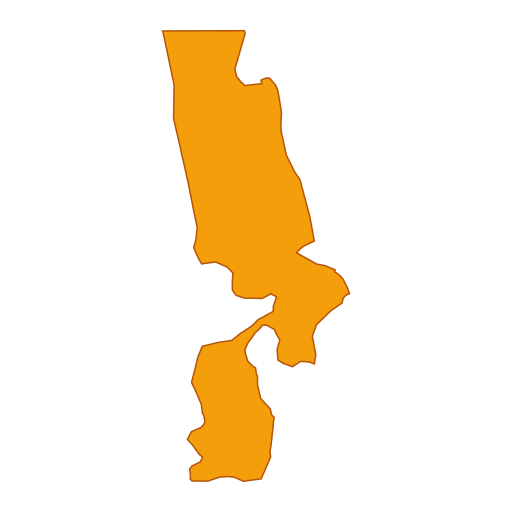 outline of Jahran, Dhamar, Yemen
{"feature_id": "15242507B45956932951214", "entity_name": "Jahran", "entity_type": "district", "adm_level": 2, "iso_a3": "YEM", "parent_name": "Yemen", "parent_adm1": "Dhamar", "projection": "albers", "projection_center": [44.298, 14.733], "detail": "fine", "context": "isolated", "style": "filled", "palette": "amber", "viewbox_px": 512, "rotation_deg": 0, "n_neighbors": 0, "source": "geoboundaries", "source_scale": "gbopen_adm2", "svg_char_len": 3190}
<svg xmlns="http://www.w3.org/2000/svg" viewBox="0 0 512 512"><path d="M244.5,30.7L214.4,30.8L213.1,30.8L203.3,30.8L190.2,30.9L189.3,30.9L176.1,30.9L162.5,31.0L162.8,31.9L163.6,34.8L163.9,35.9L165.0,41.4L166.7,49.5L168.2,56.5L168.8,59.8L170.2,66.3L170.4,67.4L172.1,75.4L174.1,84.9L174.1,86.8L174.0,90.5L173.9,99.3L173.9,100.2L173.6,116.3L173.6,118.4L173.8,119.4L174.2,121.1L175.5,126.7L175.5,127.1L175.8,128.2L179.5,144.2L180.1,146.7L181.6,153.7L183.5,161.9L184.2,165.0L184.7,167.3L185.8,172.2L187.3,179.1L187.9,181.6L188.2,183.1L189.2,188.2L189.7,190.6L191.0,197.2L194.2,213.2L194.6,215.0L194.9,216.5L195.2,217.8L197.3,227.9L197.1,228.9L195.9,239.6L194.0,246.2L193.9,248.1L197.7,256.9L198.5,258.4L199.5,260.2L201.6,263.9L206.4,263.2L215.6,262.0L227.2,267.1L232.3,272.3L232.9,272.9L232.8,274.3L232.3,280.6L232.4,290.2L232.4,290.3L233.0,291.1L236.2,295.4L237.6,295.8L242.3,297.4L242.5,297.5L243.9,297.9L244.9,298.2L250.9,298.2L261.8,298.5L262.7,298.1L262.8,298.1L270.7,294.0L271.0,293.9L273.6,295.3L274.5,295.7L276.2,296.6L276.5,297.2L273.4,305.9L273.2,311.4L267.5,314.6L258.0,319.7L252.0,325.9L240.9,333.1L231.7,340.4L217.8,342.5L202.3,346.3L200.2,351.4L198.0,356.7L195.9,365.2L194.4,371.3L192.5,378.6L191.6,382.5L192.1,383.6L192.7,384.9L195.9,391.6L196.1,392.0L197.1,394.3L201.3,404.4L202.0,409.6L202.4,413.2L203.8,415.6L204.2,418.0L204.8,420.6L204.8,422.4L203.5,424.6L201.2,427.4L195.7,429.8L191.3,431.7L189.5,435.3L187.5,439.2L187.4,439.5L192.3,444.7L192.7,445.1L192.7,445.3L199.3,454.5L202.5,456.9L200.6,461.7L192.1,465.9L189.6,468.9L190.4,474.5L190.3,479.4L192.2,481.0L207.8,481.1L208.0,481.1L212.3,479.6L217.5,477.9L220.0,477.0L228.0,476.6L228.7,476.7L234.5,477.2L237.6,478.6L241.2,480.3L243.4,481.3L244.2,481.2L245.4,481.0L247.5,480.7L256.4,479.5L261.3,478.8L261.8,477.4L265.1,469.9L270.1,458.2L270.6,456.8L270.5,455.9L270.0,451.4L270.8,447.0L272.0,436.8L273.5,421.9L274.2,417.4L272.9,416.3L271.3,414.0L270.4,409.1L260.6,398.3L257.5,384.6L257.5,383.6L257.5,376.2L256.3,373.7L255.9,370.5L255.7,368.0L252.6,366.1L247.7,361.0L245.2,352.7L245.0,349.9L247.3,343.9L255.3,332.7L260.5,327.8L262.7,325.0L266.6,325.2L274.2,329.3L276.5,334.2L279.8,340.2L277.1,349.5L278.0,360.1L283.1,363.3L292.4,366.7L300.6,361.4L304.5,361.6L309.2,362.0L314.4,363.9L315.0,359.5L315.8,354.8L312.3,336.1L316.7,324.4L323.4,318.0L329.1,312.4L331.2,310.5L339.6,304.7L342.0,303.1L342.5,300.8L343.2,298.0L346.2,295.0L349.5,293.8L349.4,293.5L349.4,293.4L347.1,287.1L344.5,282.0L343.3,279.5L339.5,275.1L334.8,271.9L335.1,269.8L325.2,265.7L316.8,264.1L300.9,255.2L296.5,252.7L301.3,247.9L304.3,245.8L313.7,241.3L314.3,241.0L313.7,237.8L311.6,226.3L311.3,224.9L309.6,215.6L309.5,215.4L305.3,199.5L303.6,193.5L303.1,191.3L302.3,188.6L300.9,183.2L300.3,181.2L300.1,180.4L299.9,179.5L299.6,179.1L295.4,173.0L295.3,172.8L294.7,171.9L286.4,155.4L285.3,150.3L284.8,148.2L284.0,144.3L283.8,143.7L282.9,139.2L281.4,132.6L281.3,132.1L280.8,126.4L280.8,125.7L281.3,115.8L281.5,113.0L280.7,107.3L277.9,90.7L277.2,88.8L275.7,85.3L269.6,78.1L266.0,78.1L260.9,80.2L261.9,83.8L259.8,83.9L258.4,84.0L248.4,85.1L245.1,85.6L240.9,81.9L236.7,76.7L234.8,69.3L245.0,34.0L244.5,30.7Z" fill="#f59e0b" stroke="#b45309" stroke-width="1.5"/></svg>